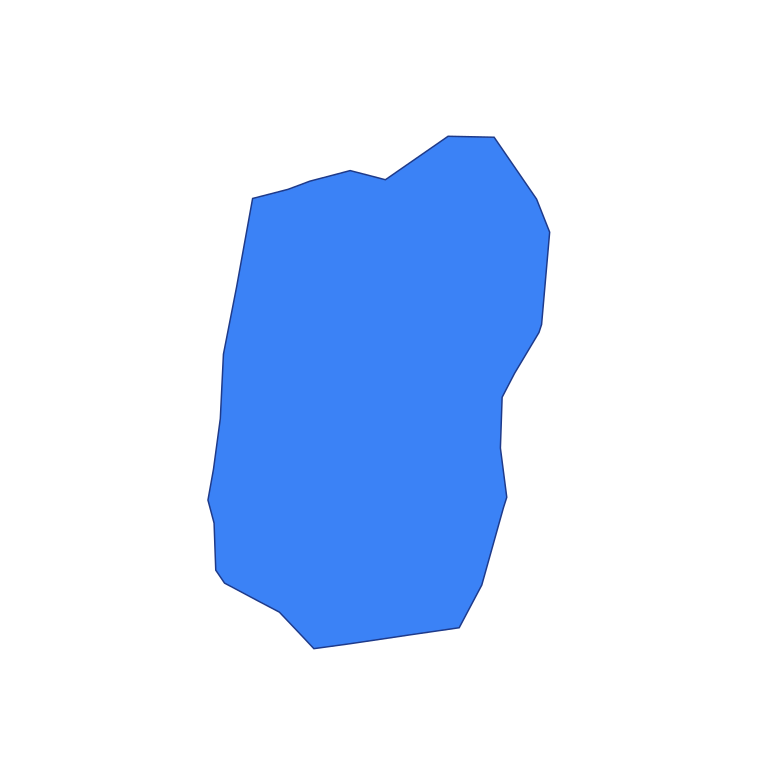 Luus, Dundgovi, Mongolia, rotated 44°
{"feature_id": "93677404B30704814862785", "entity_name": "Luus", "entity_type": "district", "adm_level": 2, "iso_a3": "MNG", "parent_name": "Mongolia", "parent_adm1": "Dundgovi", "projection": "robinson", "projection_center": [105.799, 45.607], "detail": "fine", "context": "isolated", "style": "filled", "palette": "blue", "viewbox_px": 768, "rotation_deg": 44, "n_neighbors": 0, "source": "geoboundaries", "source_scale": "gbopen_adm2", "svg_char_len": 566}
<svg xmlns="http://www.w3.org/2000/svg" viewBox="0 0 768 768"><g transform="rotate(44 384 384)"><path d="M258.0,161.3L243.1,236.1L211.4,254.0L189.7,289.7L179.7,310.7L160.6,341.8L210.5,416.5L247.8,474.1L290.3,522.6L320.5,563.7L338.0,589.8L358.4,602.1L392.3,634.8L407.6,638.0L444.6,627.4L467.2,620.8L494.8,622.0L517.4,623.1L540.4,593.9L576.4,547.1L607.4,507.1L594.0,460.7L555.9,390.1L551.0,380.2L512.2,349.2L478.2,311.5L470.5,285.6L459.7,239.3L456.0,231.7L397.7,159.7L365.3,145.0L291.8,130.0L258.0,161.3Z" fill="#3b82f6" stroke="#1e3a8a" stroke-width="1.5"/></g></svg>